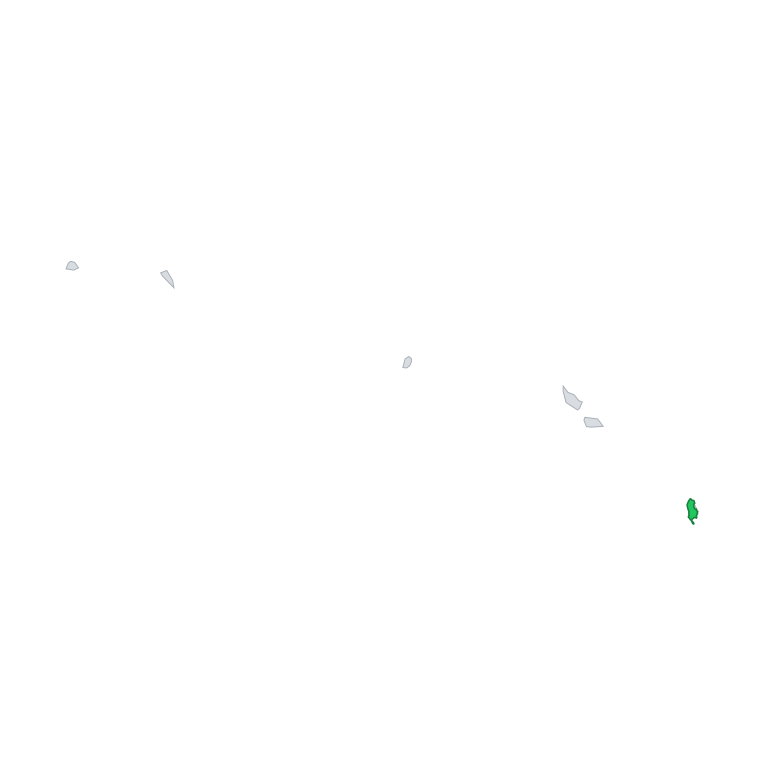 location of Rota, Rota, Northern Mariana Islands, rotated 286°
{"feature_id": "39175420B64217482742742", "entity_name": "Rota", "entity_type": "district", "adm_level": 2, "iso_a3": "MNP", "parent_name": "Northern Mariana Islands", "parent_adm1": "Rota", "projection": "mercator", "projection_center": [145.199, 14.155], "detail": "fine", "context": "in_parent", "style": "filled", "palette": "green", "viewbox_px": 768, "rotation_deg": 286, "n_neighbors": 0, "source": "geoboundaries", "source_scale": "gbopen_adm2", "svg_char_len": 3051}
<svg xmlns="http://www.w3.org/2000/svg" viewBox="0 0 768 768"><g transform="rotate(286 384 384)"><path d="M421.7,575.8L421.3,579.5L414.3,578.6L412.4,577.0L416.4,564.1L426.4,558.2L431.3,556.9L426.7,563.0L425.9,569.9L421.7,575.8ZM409.3,599.0L403.7,606.3L399.6,595.0L398.9,590.4L404.2,586.2L407.3,586.3L409.3,599.0ZM354.6,714.7L347.8,721.3L342.8,719.9L339.8,717.7L339.1,713.9L350.1,710.2L354.7,711.5L354.6,714.7ZM425.2,152.3L418.6,155.5L426.8,141.2L429.3,138.7L433.2,143.9L425.2,152.3ZM415.7,53.0L411.5,58.4L408.0,54.5L407.0,46.6L413.2,47.3L415.5,48.9L415.7,53.0ZM416.2,403.2L413.2,404.2L408.8,403.7L405.7,401.4L405.0,397.6L413.9,397.4L417.2,400.2L416.2,403.2Z" fill="#d9dde1" stroke="#a8b0b8" stroke-width="1"/><path d="M334.8,720.0L334.8,720.3L335.0,720.4L335.3,720.2L335.5,720.1L335.8,720.0L335.9,719.9L336.0,719.8L336.2,719.5L336.5,718.9L336.7,718.7L337.0,718.0L337.1,717.9L337.4,717.7L337.5,717.6L338.0,717.3L338.4,717.4L339.0,717.5L339.5,717.9L339.7,718.0L339.9,718.1L340.0,718.2L340.6,718.5L340.8,718.6L341.1,719.0L341.2,719.3L341.2,719.5L341.4,719.9L341.4,720.2L341.4,720.7L341.4,720.8L341.2,720.9L341.1,721.2L341.2,721.3L341.5,721.4L341.9,721.4L342.1,721.4L342.3,721.3L342.5,721.2L342.8,720.8L343.1,720.8L343.3,720.7L343.5,720.6L343.8,720.7L344.3,720.8L345.0,720.8L345.2,721.0L345.4,721.1L345.5,721.1L345.9,721.0L345.9,720.8L346.2,720.8L346.3,720.7L346.9,720.6L347.0,720.6L347.4,720.7L347.7,720.6L347.9,720.4L348.0,720.2L348.5,719.4L348.6,719.2L349.0,719.0L349.7,718.7L349.8,718.6L349.9,718.4L349.7,718.2L349.6,717.9L349.7,717.4L349.8,717.1L350.0,717.0L350.1,716.9L350.3,716.6L350.4,716.4L350.5,716.3L350.7,716.2L350.8,716.1L351.1,715.9L351.3,715.6L351.5,715.5L351.9,715.5L352.0,715.5L352.5,715.4L352.9,715.2L354.0,715.1L354.3,715.2L354.6,715.4L354.9,715.6L355.3,715.5L355.5,715.3L355.9,714.9L356.1,714.8L356.4,714.7L356.6,714.6L356.8,714.5L356.9,714.4L357.0,714.4L357.2,714.2L357.3,713.9L357.3,713.7L357.3,713.0L357.3,712.9L357.2,712.6L357.3,712.2L357.4,711.7L357.6,711.4L357.9,710.9L358.1,710.7L358.1,710.3L358.1,710.2L357.9,709.9L357.3,709.6L357.2,709.6L356.7,709.5L356.4,709.4L356.1,709.2L355.7,709.2L355.4,709.1L354.8,709.1L354.5,708.9L354.2,708.8L353.6,708.8L353.4,708.8L353.1,708.8L352.6,708.7L352.1,708.7L351.3,708.7L351.0,708.7L350.6,709.0L350.2,709.2L350.0,709.3L349.8,709.4L348.7,710.0L348.2,710.3L347.6,710.7L347.3,710.9L346.9,711.2L346.8,711.3L346.5,711.5L346.4,711.6L346.3,711.8L346.2,711.9L346.1,712.0L345.9,712.1L345.4,712.2L345.4,712.3L345.2,712.4L344.9,712.4L344.6,712.4L344.4,712.5L344.0,712.7L343.3,712.9L343.0,713.1L342.9,713.1L342.5,713.2L342.4,713.2L342.1,713.4L341.8,713.3L341.3,713.3L340.7,713.2L340.3,713.2L340.2,713.2L340.0,713.3L339.9,713.4L339.9,713.5L339.9,713.8L339.6,714.1L339.2,714.5L338.2,715.6L337.9,716.0L337.8,716.4L337.7,716.6L337.5,716.9L337.4,717.0L337.0,717.4L336.8,717.5L336.7,717.7L336.5,717.9L336.4,718.0L336.1,718.3L335.9,718.4L335.6,718.5L335.4,718.7L335.3,718.8L335.1,719.0L335.0,719.3L334.9,719.4L334.8,719.7L334.8,719.8L334.8,720.0Z" fill="#22c55e" stroke="#15803d" stroke-width="1.5"/></g></svg>